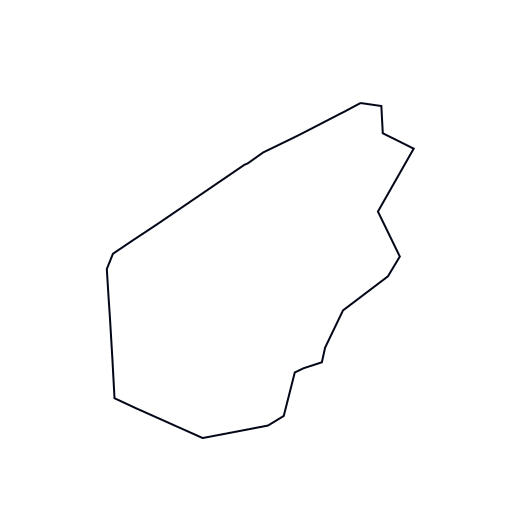 the district of Pariang, Unity, South Sudan, rotated 294°
{"feature_id": "79223893B45292827901182", "entity_name": "Pariang", "entity_type": "district", "adm_level": 2, "iso_a3": "SSD", "parent_name": "South Sudan", "parent_adm1": "Unity", "projection": "albers", "projection_center": [30.206, 9.837], "detail": "fine", "context": "isolated", "style": "outline", "palette": "ink", "viewbox_px": 512, "rotation_deg": 294, "n_neighbors": 0, "source": "geoboundaries", "source_scale": "gbopen_adm2", "svg_char_len": 547}
<svg xmlns="http://www.w3.org/2000/svg" viewBox="0 0 512 512"><g transform="rotate(294 256 256)"><path d="M314.0,387.6L346.2,349.3L418.2,356.4L419.7,321.9L444.0,309.5L438.6,290.4L437.9,289.0L423.0,277.4L420.9,275.6L383.3,245.5L353.5,220.4L337.3,210.8L334.6,208.3L244.5,152.6L220.7,137.4L199.9,124.4L183.4,125.0L158.7,137.9L138.6,148.5L103.1,166.9L68.5,184.6L68.1,207.5L68.0,281.3L106.0,335.9L121.2,346.4L165.4,338.8L172.9,345.2L185.7,359.4L200.3,356.4L241.7,357.6L291.1,384.8L314.0,387.6Z" fill="none" stroke="#020617" stroke-width="2"/></g></svg>